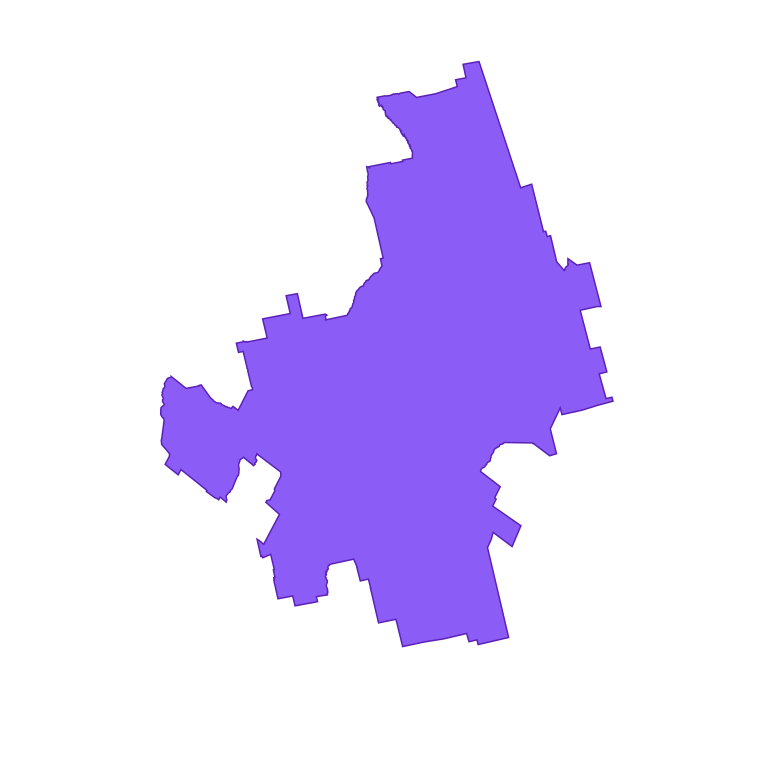 Barcoo, Queensland, Australia (Equal Earth projection), rotated 162°
{"feature_id": "25037944B38568063774568", "entity_name": "Barcoo", "entity_type": "district", "adm_level": 2, "iso_a3": "AUS", "parent_name": "Australia", "parent_adm1": "Queensland", "projection": "equal_earth", "projection_center": [142.502, -25.173], "detail": "fine", "context": "isolated", "style": "filled", "palette": "violet", "viewbox_px": 768, "rotation_deg": 162, "n_neighbors": 0, "source": "geoboundaries", "source_scale": "gbopen_adm2", "svg_char_len": 6159}
<svg xmlns="http://www.w3.org/2000/svg" viewBox="0 0 768 768"><g transform="rotate(162 384 384)"><path d="M343.8,104.4L336.1,196.5L329.9,203.2L326.1,209.2L312.4,189.8L297.6,206.9L318.4,234.3L312.9,239.9L313.9,241.6L305.2,250.4L319.2,270.9L318.2,272.7L316.4,273.7L313.7,274.1L313.2,274.7L311.1,276.0L310.2,277.2L307.3,277.9L306.5,278.6L305.8,280.2L305.1,280.8L304.4,282.6L300.8,285.5L299.9,287.0L298.7,288.1L296.6,288.5L296.2,288.9L295.7,288.7L293.9,289.0L292.2,290.7L290.0,290.3L288.4,290.7L288.0,291.3L260.8,282.0L260.8,281.3L260.1,281.0L248.6,264.5L241.5,264.4L239.7,290.0L223.8,306.8L224.2,299.9L203.6,297.9L187.5,297.7L171.5,296.9L171.3,301.0L177.3,301.5L176.2,327.2L168.3,326.6L167.0,352.4L177.0,353.5L174.6,393.5L157.2,391.8L153.7,390.6L151.0,435.8L163.7,437.4L170.3,446.4L172.1,441.2L171.8,440.9L172.5,439.9L175.4,438.7L176.3,437.6L176.2,437.4L176.5,437.0L176.5,436.7L177.5,436.1L182.0,446.8L179.8,473.6L183.2,473.8L183.0,479.4L185.2,479.7L181.8,528.4L193.4,528.4L194.0,661.3L210.0,663.6L211.4,649.9L221.9,651.2L222.4,644.2L245.4,644.1L264.5,646.5L269.7,654.4L278.9,655.6L279.9,655.1L281.2,655.9L283.8,656.5L284.4,656.4L285.2,656.9L288.1,656.5L292.1,657.0L294.2,657.8L301.2,658.7L300.9,658.2L301.0,657.6L301.9,657.9L301.7,657.5L302.2,657.1L301.9,656.2L302.7,656.2L301.9,654.7L302.6,654.3L302.7,653.4L301.8,652.7L302.7,651.2L302.8,650.6L302.5,649.6L301.6,650.0L301.3,649.7L300.7,650.0L300.4,648.5L299.9,648.6L300.0,648.2L299.7,648.2L299.9,647.7L299.4,646.7L299.5,646.0L299.8,646.0L299.9,645.7L299.2,644.3L298.4,643.7L298.7,643.0L298.6,642.5L298.9,642.1L298.9,640.8L299.2,640.4L299.3,638.2L298.6,637.9L298.7,637.7L298.6,637.4L298.4,637.6L298.3,637.0L298.2,637.2L297.9,636.6L297.6,636.6L297.2,635.5L297.4,635.0L296.5,634.1L296.4,633.2L295.8,633.2L295.6,631.5L294.7,630.2L294.7,629.3L294.4,629.3L294.0,628.7L293.7,627.3L292.5,625.5L292.7,624.6L292.3,624.1L291.8,623.9L291.6,624.1L290.4,622.2L290.2,621.7L290.4,621.0L289.8,620.3L290.0,619.9L289.7,619.6L290.1,619.4L290.3,618.8L289.7,618.3L289.9,618.1L290.0,617.4L289.7,617.2L289.6,616.5L289.2,616.1L289.5,615.9L289.3,615.7L289.4,615.4L289.1,614.5L288.5,614.5L288.8,613.9L288.5,613.9L288.3,613.4L287.8,614.0L288.0,612.9L287.5,612.9L287.4,612.2L287.1,611.5L287.1,611.2L287.3,611.3L287.2,610.3L286.5,609.5L286.5,609.0L286.9,608.6L286.4,608.4L286.1,607.5L286.2,607.1L286.6,607.2L286.8,606.2L286.2,604.6L286.2,603.9L285.9,604.0L285.5,603.6L285.7,603.0L285.5,602.8L286.2,602.2L285.7,601.6L286.1,601.5L286.0,600.6L286.2,600.1L285.8,599.8L285.6,599.3L285.6,598.3L285.4,598.0L285.5,597.5L285.2,596.8L285.4,596.5L285.2,596.2L285.5,594.9L286.9,591.4L287.1,590.0L297.3,591.2L297.3,589.9L309.4,591.3L309.4,592.7L331.1,595.3L331.2,594.2L333.2,596.0L334.0,591.6L334.1,588.5L335.5,586.1L336.0,584.0L336.0,583.4L336.4,582.4L337.3,581.7L337.9,580.8L337.8,580.0L338.3,578.6L338.1,577.8L338.4,577.5L338.6,577.6L338.6,577.1L339.0,576.8L339.0,576.2L339.9,575.0L339.6,574.0L340.3,571.8L340.3,571.1L341.0,569.4L341.0,568.6L341.9,567.6L341.8,567.3L342.1,566.7L342.6,566.4L342.8,565.9L343.2,565.7L343.8,564.9L344.5,563.1L342.1,545.0L345.9,503.9L348.6,504.3L349.6,496.4L351.0,495.9L351.1,495.6L352.6,494.5L354.5,492.4L356.4,491.9L357.5,492.2L359.3,492.3L360.4,491.6L360.9,491.7L362.0,490.7L363.6,490.3L365.3,488.4L365.7,488.5L366.7,487.8L367.1,487.9L367.2,487.5L368.4,487.9L369.1,487.8L369.7,486.9L371.7,485.9L373.6,483.5L374.5,483.8L376.6,483.5L378.4,482.5L379.1,481.7L380.8,481.2L381.2,480.6L382.3,479.8L382.9,479.0L383.8,476.8L384.7,476.3L386.2,473.6L387.1,473.0L387.2,471.5L388.9,469.8L390.5,467.1L392.5,466.0L392.9,466.0L393.7,464.6L394.4,464.1L394.4,463.7L395.3,463.2L395.8,462.5L396.7,462.2L396.9,461.6L397.7,460.7L419.6,463.0L419.2,463.9L418.8,466.7L417.0,467.1L418.2,468.6L440.8,471.5L438.5,496.7L449.8,498.2L451.4,480.0L479.3,483.4L480.9,463.8L500.9,466.2L501.4,466.8L502.4,466.6L504.6,468.3L504.8,467.6L511.8,468.5L512.6,459.0L507.9,458.5L509.2,442.0L509.5,441.3L508.9,439.7L509.5,438.7L510.8,422.3L510.4,421.7L510.5,420.0L511.0,419.6L511.1,419.1L515.3,419.6L530.9,404.0L532.8,407.0L533.2,407.0L533.2,407.5L533.7,407.9L534.1,409.0L534.5,409.4L535.3,409.1L536.7,408.0L537.6,408.3L538.3,409.2L539.8,410.0L540.6,411.0L541.8,411.4L542.1,412.2L544.8,414.7L545.0,415.7L545.5,416.3L549.2,417.9L551.5,420.9L551.5,421.5L553.4,424.7L558.1,439.6L560.6,439.8L560.6,439.3L573.6,441.0L583.8,456.5L583.8,456.3L585.4,456.4L588.2,456.2L592.9,452.1L593.1,449.3L594.7,448.0L595.5,447.9L596.2,446.1L597.6,444.5L597.6,443.5L598.6,442.2L598.3,438.3L599.4,437.5L600.0,435.8L599.4,432.9L599.6,432.1L603.4,430.4L604.9,426.7L605.8,423.6L604.9,420.3L604.1,419.5L604.4,417.3L612.1,401.0L613.2,399.4L614.1,395.1L611.3,388.6L609.5,383.7L610.1,382.7L610.1,381.9L617.0,375.2L607.8,361.2L603.6,365.4L585.3,337.6L586.2,336.7L579.8,327.8L578.7,327.3L577.0,325.0L574.9,327.1L570.5,320.4L569.3,322.3L569.0,325.6L568.5,326.6L565.7,328.4L563.6,329.0L563.2,330.0L560.8,331.2L552.1,341.5L550.9,341.9L549.4,344.5L548.9,346.3L548.1,347.6L547.3,352.2L545.2,354.9L544.3,356.4L540.3,357.7L535.4,350.0L534.5,349.1L534.4,348.4L533.3,346.6L532.0,347.4L531.5,347.4L531.2,348.8L529.9,349.2L528.7,350.4L528.6,351.4L529.1,352.4L529.2,353.2L528.3,354.9L527.2,355.7L526.6,356.9L509.6,332.5L509.8,330.7L510.2,329.8L510.3,328.5L520.7,318.1L520.9,316.0L528.2,309.0L531.4,309.4L532.9,308.0L523.7,292.3L547.9,268.8L551.3,274.0L552.7,275.6L554.4,257.9L552.9,257.7L553.1,256.3L552.9,256.2L544.4,257.0L545.7,241.3L546.7,241.4L547.5,233.6L548.7,233.8L548.9,231.7L549.4,231.7L551.2,212.5L536.3,210.6L537.2,200.5L514.5,197.5L514.0,202.7L502.9,200.9L502.6,201.9L502.7,202.5L501.7,203.3L501.7,204.6L501.3,204.9L501.2,210.0L500.3,211.7L499.3,212.7L498.7,214.3L499.1,216.6L498.9,217.4L499.3,218.6L499.2,219.4L498.0,220.1L497.6,220.6L497.6,221.3L498.2,221.4L498.2,221.7L497.9,222.1L496.8,222.6L497.1,223.4L497.1,223.7L495.9,223.7L495.5,225.0L494.5,224.9L494.0,226.2L494.0,227.3L492.8,228.5L491.9,228.9L491.8,228.6L490.5,229.2L466.9,226.8L466.2,218.0L466.5,217.9L467.4,204.0L459.1,203.3L459.7,194.4L459.9,194.4L463.0,158.5L445.3,156.5L447.4,128.5L426.1,126.3L405.6,123.1L382.5,121.2L382.8,112.6L374.7,112.0L375.0,107.1L343.8,104.4Z" fill="#8b5cf6" stroke="#5b21b6" stroke-width="1.5"/></g></svg>